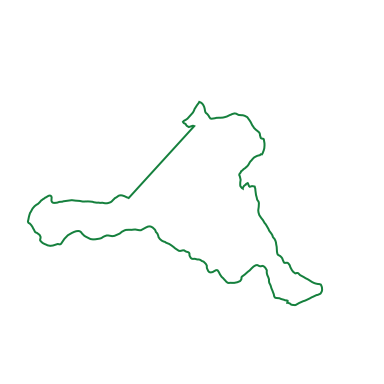 Melgaço, Pará, Brazil (Natural Earth projection), rotated 15°
{"feature_id": "56859067B49216481916383", "entity_name": "Melgaço", "entity_type": "district", "adm_level": 2, "iso_a3": "BRA", "parent_name": "Brazil", "parent_adm1": "Pará", "projection": "natural_earth1", "projection_center": [-51.032, -1.536], "detail": "fine", "context": "isolated", "style": "outline", "palette": "green", "viewbox_px": 384, "rotation_deg": 15, "n_neighbors": 0, "source": "geoboundaries", "source_scale": "gbopen_adm2", "svg_char_len": 6080}
<svg xmlns="http://www.w3.org/2000/svg" viewBox="0 0 384 384"><g transform="rotate(15 192 192)"><path d="M340.4,248.1L339.0,248.0L337.2,248.3L335.1,248.4L333.5,248.3L331.3,247.9L327.0,246.5L325.7,246.2L324.1,245.9L321.8,245.2L317.9,244.3L315.7,243.0L315.0,242.9L314.0,243.2L313.2,243.8L312.6,243.8L310.4,242.9L308.7,241.6L306.4,239.1L305.7,238.0L305.1,237.2L304.4,236.8L304.0,236.3L303.0,235.8L302.2,235.7L300.2,236.4L299.5,236.5L298.7,235.9L298.3,235.3L297.7,234.7L297.3,234.1L296.3,232.7L295.3,231.9L293.9,231.1L291.3,230.4L290.8,230.0L290.2,229.1L290.0,228.6L289.6,227.9L288.0,223.1L286.7,220.4L286.2,219.1L285.2,217.5L283.9,216.0L282.1,214.8L281.6,214.3L281.0,213.2L279.6,211.8L276.8,209.6L276.3,209.1L275.5,208.0L275.1,207.6L272.6,205.1L271.3,203.9L270.2,203.2L267.8,200.8L265.5,199.1L263.0,196.9L261.5,194.5L260.9,193.0L260.7,192.4L260.3,189.1L259.5,185.4L259.0,184.5L258.7,184.0L257.2,182.8L256.8,182.3L255.9,180.5L254.6,178.3L252.9,174.2L252.2,172.3L251.7,171.6L251.4,170.9L251.1,170.5L248.8,170.7L248.2,170.9L246.5,172.0L245.6,171.6L245.2,171.0L244.6,170.4L244.0,169.4L243.5,169.0L242.6,169.8L242.1,170.4L242.0,171.1L241.5,171.5L240.6,172.8L240.2,174.1L240.0,174.8L240.2,175.6L239.2,175.3L238.5,174.8L237.3,173.9L237.0,173.4L236.6,172.2L236.1,170.1L235.9,168.2L235.7,167.4L235.0,166.1L234.3,164.8L233.9,164.1L233.5,163.8L233.2,163.2L233.2,162.6L233.3,161.8L233.7,161.2L234.0,160.4L234.0,159.4L235.0,158.2L235.9,156.6L237.4,154.9L237.6,154.3L238.0,153.9L238.4,153.3L239.1,152.0L239.5,150.9L240.2,148.2L240.4,147.6L241.2,146.2L242.1,144.2L243.1,142.5L244.7,141.0L245.5,140.3L246.8,139.5L248.0,138.9L248.6,137.8L249.8,137.6L250.2,136.2L250.5,133.3L250.5,131.0L250.0,128.3L249.4,126.2L247.9,122.9L247.6,122.4L247.1,122.2L245.1,122.3L244.6,122.1L244.1,121.6L243.9,121.0L243.1,119.9L242.6,118.5L241.8,117.4L241.3,117.0L239.4,116.1L237.1,115.1L236.7,114.8L235.4,114.1L233.8,112.6L233.3,112.3L232.8,111.8L230.6,109.3L229.3,108.1L226.0,105.4L223.4,104.8L222.0,104.7L220.6,104.8L220.0,105.0L217.2,105.5L216.5,105.4L214.3,104.9L212.7,105.1L210.5,106.4L209.9,107.0L208.6,107.9L206.1,110.1L204.1,111.3L202.6,112.1L201.2,112.6L197.8,113.6L196.7,113.9L194.9,114.9L192.8,115.8L191.8,116.2L190.7,116.2L189.2,115.0L188.5,114.2L187.1,113.1L186.3,112.6L184.9,112.0L184.2,111.3L183.6,110.3L182.7,108.3L181.7,106.6L180.4,105.1L179.3,104.2L178.4,103.7L177.3,103.3L175.7,103.1L175.5,104.1L174.4,106.8L173.0,111.2L172.9,112.0L172.9,112.6L172.4,114.8L172.0,115.7L168.6,122.4L167.4,123.8L165.9,125.2L165.5,125.8L165.1,126.6L165.9,127.3L166.4,127.6L168.0,127.9L168.5,128.2L169.0,128.8L169.8,129.4L172.1,130.1L175.5,127.9L176.4,127.7L177.1,127.8L132.4,214.2L131.7,214.0L131.0,214.1L127.7,213.5L125.5,213.4L124.1,213.6L122.9,214.1L122.0,214.7L121.0,216.0L119.6,217.5L119.0,218.0L118.5,219.1L118.1,219.6L117.0,221.7L116.4,222.5L115.9,223.0L114.3,224.1L113.0,224.8L110.8,225.4L108.1,225.6L107.0,226.0L105.9,226.3L104.3,226.5L102.6,227.0L99.8,227.3L98.4,227.2L96.0,227.6L94.0,228.0L91.7,228.7L88.9,229.5L85.8,229.7L81.7,230.5L78.0,231.0L70.1,234.3L69.3,234.9L66.4,235.9L64.5,237.2L62.1,238.1L61.2,238.3L60.3,238.3L59.4,237.9L58.7,237.1L58.4,236.5L57.8,233.5L57.2,232.6L56.3,232.2L55.4,232.3L54.9,232.5L54.0,233.2L52.3,235.0L51.8,235.3L50.6,236.9L49.9,237.5L49.3,238.4L48.6,239.1L47.6,241.2L46.6,242.9L46.1,243.6L45.1,244.5L43.6,246.5L42.3,249.2L41.4,253.0L41.0,254.1L40.9,256.4L40.9,258.2L41.1,261.3L41.1,262.7L41.6,263.7L42.2,264.2L43.4,264.4L45.3,265.6L47.1,267.2L48.0,268.3L49.1,269.3L50.0,270.4L50.9,271.3L52.0,271.6L52.7,271.6L55.7,272.8L56.2,273.2L57.3,274.5L57.6,275.5L57.6,277.0L57.9,278.1L58.8,278.8L60.9,279.9L63.1,280.4L64.2,280.5L66.4,280.9L69.0,280.7L71.5,279.7L75.7,277.0L76.4,276.9L77.3,276.9L78.1,276.7L78.7,276.2L79.0,275.7L80.4,271.6L80.9,270.2L83.3,265.9L86.5,262.7L88.4,261.1L90.2,259.9L92.2,259.1L93.2,259.0L93.8,259.0L95.4,259.6L96.4,260.5L99.4,262.2L101.2,262.7L101.7,262.8L105.5,263.6L106.3,263.7L107.1,263.6L108.6,263.4L110.6,262.8L114.5,261.1L115.6,260.5L116.5,259.9L117.6,258.6L118.8,257.5L120.8,256.1L122.1,255.7L126.4,255.3L128.5,254.4L132.9,250.9L134.6,248.5L135.3,247.9L136.8,246.5L138.1,245.7L140.9,244.8L143.4,244.2L145.9,243.2L146.9,242.9L150.5,242.6L151.7,242.4L152.6,242.1L156.7,238.2L158.4,236.8L159.9,236.2L160.6,236.1L161.5,236.1L163.2,236.5L165.8,237.9L166.5,238.5L167.4,239.9L169.2,241.0L170.6,242.8L171.4,244.3L173.1,245.7L175.4,246.8L177.4,247.2L178.8,247.2L180.1,247.7L183.5,248.1L186.2,249.0L188.9,250.1L190.0,250.7L194.2,252.1L194.8,252.2L195.7,252.0L196.3,251.8L197.9,250.9L198.6,250.6L199.3,250.4L201.7,251.1L203.6,251.1L204.2,251.2L204.7,251.4L205.2,251.8L205.5,252.3L206.0,253.9L206.6,254.7L207.8,255.9L208.3,256.2L209.2,256.5L210.1,256.4L212.0,255.8L214.6,255.8L216.0,255.4L217.1,255.4L217.8,255.5L219.4,256.1L220.7,256.2L221.3,256.3L223.9,257.8L224.8,258.7L225.3,259.2L225.9,261.2L226.2,261.8L228.1,264.1L229.2,264.8L229.9,264.9L230.6,264.9L232.1,264.3L233.1,263.6L233.7,262.9L235.3,261.4L235.9,261.1L236.5,261.0L237.1,261.1L238.6,262.4L240.4,264.4L242.6,266.3L244.4,267.2L246.5,268.6L247.0,268.8L248.0,269.6L249.8,270.4L250.9,270.4L252.8,269.7L254.3,269.4L256.4,268.8L259.2,267.4L261.5,265.6L261.8,264.9L262.2,263.7L262.2,263.1L261.9,261.5L262.2,260.7L264.3,258.1L266.6,254.6L268.0,252.8L269.4,250.2L270.8,248.0L272.4,246.4L273.1,246.0L274.2,245.7L276.0,246.1L277.2,246.1L277.8,245.9L279.0,245.2L279.5,245.1L280.3,245.2L280.9,245.4L282.1,246.0L282.6,246.4L284.2,247.9L284.6,248.5L284.9,250.0L285.4,251.3L286.2,252.7L287.9,254.8L289.0,256.5L289.3,257.9L290.1,259.7L291.5,261.2L292.4,262.4L293.6,264.4L295.4,266.7L295.8,267.3L297.4,269.5L298.4,271.5L299.2,272.3L299.8,272.6L300.5,272.6L304.0,272.0L305.7,272.3L308.7,272.3L310.0,272.5L311.5,272.2L312.5,272.3L312.7,272.9L312.6,273.7L312.7,274.4L313.4,274.2L314.2,274.3L314.7,274.3L315.5,274.4L316.9,275.1L318.0,275.1L320.8,274.6L321.6,274.1L324.2,271.5L327.8,268.6L329.0,267.9L330.5,266.7L333.3,264.3L335.0,262.6L335.6,262.2L339.0,259.3L340.0,258.9L342.0,257.3L342.5,256.7L343.0,254.8L343.1,254.0L343.0,252.8L342.2,250.5L341.4,249.3L340.4,248.1Z" fill="none" stroke="#15803d" stroke-width="2"/></g></svg>